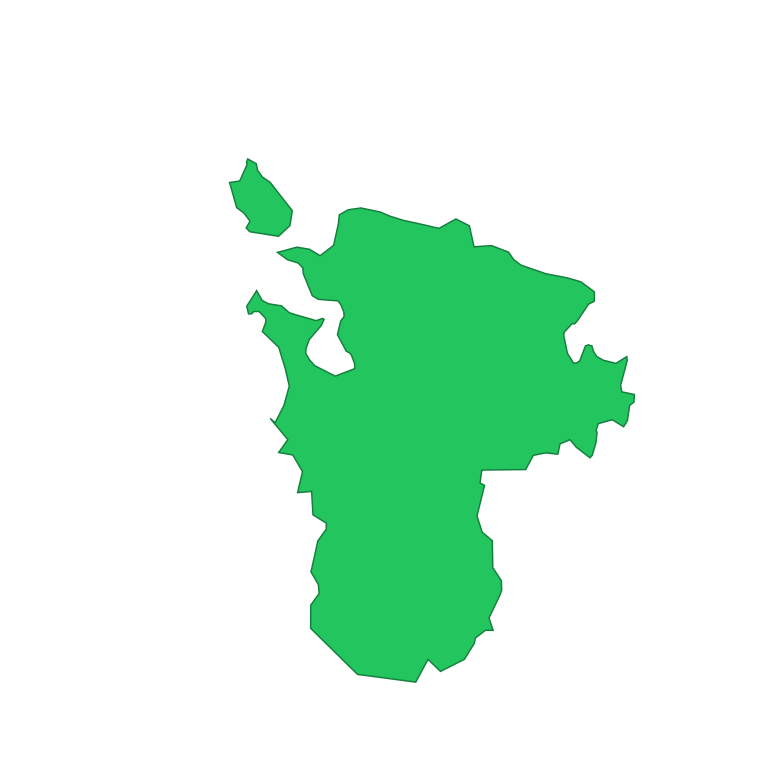 outline of Dorchester, Maryland, United States of America, rotated 138°
{"feature_id": "52423323B10442929932087", "entity_name": "Dorchester", "entity_type": "district", "adm_level": 2, "iso_a3": "USA", "parent_name": "United States of America", "parent_adm1": "Maryland", "projection": "mercator", "projection_center": [-76.061, 38.409], "detail": "fine", "context": "isolated", "style": "filled", "palette": "green", "viewbox_px": 768, "rotation_deg": 138, "n_neighbors": 0, "source": "geoboundaries", "source_scale": "gbopen_adm2", "svg_char_len": 2596}
<svg xmlns="http://www.w3.org/2000/svg" viewBox="0 0 768 768"><g transform="rotate(138 384 384)"><path d="M434.7,151.9L428.4,159.3L426.0,174.8L408.4,195.0L410.2,208.2L403.2,223.7L377.1,241.4L378.9,246.2L377.8,247.1L368.9,254.6L358.1,245.1L343.2,232.0L336.0,225.6L320.8,231.1L309.9,224.6L301.8,215.5L293.3,221.7L283.1,218.2L283.4,208.1L280.3,191.3L276.9,191.7L265.9,198.5L257.9,205.6L257.6,207.6L251.2,211.1L238.3,204.7L234.5,191.9L227.7,193.9L215.6,203.8L210.3,203.3L205.0,208.7L209.8,215.3L212.5,219.0L209.2,224.6L197.2,232.4L187.4,238.8L185.3,241.9L197.8,244.1L202.5,251.1L205.0,254.6L207.5,262.0L206.5,268.1L204.0,273.2L206.0,276.4L208.8,277.5L222.9,270.3L224.6,270.5L225.2,270.5L226.1,270.6L229.2,272.4L227.9,279.7L227.2,284.0L226.8,284.7L218.2,299.4L217.0,300.6L215.7,301.9L203.6,303.0L202.3,301.2L198.2,301.5L178.6,306.5L172.3,304.8L166.0,311.7L169.0,326.6L169.3,328.1L176.7,340.1L190.0,357.7L202.7,380.8L204.4,389.9L203.2,398.6L211.5,414.9L225.3,425.7L214.7,444.4L220.1,458.5L239.0,462.9L240.2,464.6L242.8,468.3L247.6,475.2L258.7,490.7L259.9,492.3L266.1,502.8L267.1,504.4L271.7,514.3L283.4,530.3L283.6,530.4L293.4,537.0L294.2,537.5L304.0,539.6L310.7,533.6L328.6,520.8L332.0,521.0L345.6,522.1L349.3,534.1L357.2,544.0L375.1,553.1L372.6,541.0L366.8,531.3L366.7,524.5L370.3,519.7L378.2,497.6L376.1,490.8L362.6,476.6L363.0,471.8L365.8,464.2L368.5,460.8L373.8,459.9L385.6,451.8L390.1,433.6L388.8,430.2L388.9,427.2L392.3,418.7L395.5,415.0L415.0,422.5L423.2,443.9L423.2,451.7L421.7,459.0L418.2,462.6L409.9,467.0L391.2,469.5L385.2,472.2L385.9,473.9L392.0,476.4L403.7,495.2L405.5,498.3L406.8,500.8L407.9,510.7L416.1,520.8L418.6,527.6L416.2,538.6L416.7,538.4L433.9,533.7L437.8,526.7L435.2,524.7L432.3,525.0L428.3,521.4L428.1,511.7L430.4,509.1L439.3,504.4L437.7,481.6L447.1,461.5L455.8,445.8L472.8,435.0L490.8,428.1L491.6,434.6L492.7,407.0L508.1,403.6L499.3,392.3L503.2,373.4L520.9,361.1L509.7,352.6L524.3,334.3L520.0,319.2L524.1,314.7L529.2,313.7L538.2,311.6L564.0,293.2L567.0,278.8L572.4,271.7L586.4,268.7L602.0,251.5L600.7,230.1L600.3,224.0L599.1,204.0L599.0,202.7L598.8,198.3L598.5,194.0L598.0,186.0L598.0,185.9L559.9,141.2L535.6,149.9L534.3,132.6L508.4,125.6L490.3,130.9L486.1,134.1L473.4,133.1L467.8,127.9L462.5,139.9L439.9,149.2L434.7,151.9ZM375.5,613.5L375.2,612.9L375.2,612.6L373.7,604.5L374.6,594.7L382.0,592.2L381.9,587.0L363.6,564.4L350.5,564.6L348.0,564.6L336.2,574.1L333.7,610.2L335.9,619.2L334.9,627.2L334.8,627.8L331.5,633.1L334.7,642.4L338.1,640.5L338.5,638.9L341.4,637.6L355.2,631.5L358.1,633.1L363.9,637.1L375.5,613.5Z" fill="#22c55e" stroke="#15803d" stroke-width="1.5"/></g></svg>